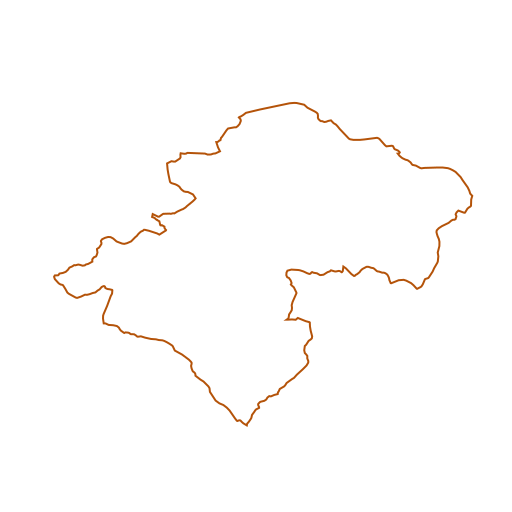 Lang Chanh, Thanh Hóa, Vietnam, rotated 294°
{"feature_id": "81297802B3900213451305", "entity_name": "Lang Chanh", "entity_type": "district", "adm_level": 2, "iso_a3": "VNM", "parent_name": "Vietnam", "parent_adm1": "Thanh Hóa", "projection": "natural_earth1", "projection_center": [105.128, 20.149], "detail": "fine", "context": "isolated", "style": "outline", "palette": "amber", "viewbox_px": 512, "rotation_deg": 294, "n_neighbors": 0, "source": "geoboundaries", "source_scale": "gbopen_adm2", "svg_char_len": 6122}
<svg xmlns="http://www.w3.org/2000/svg" viewBox="0 0 512 512"><g transform="rotate(294 256 256)"><path d="M208.7,108.6L206.8,108.2L206.4,108.3L205.1,109.5L204.0,109.9L200.7,109.4L199.6,109.1L197.9,107.9L197.4,108.0L194.6,109.8L191.7,110.1L190.5,110.0L189.0,108.5L186.9,107.9L186.0,107.9L184.3,108.8L180.5,105.9L179.0,104.0L177.8,103.4L177.1,102.3L176.6,101.5L176.3,98.8L175.9,97.1L174.0,94.7L173.7,93.6L171.7,92.3L169.5,90.3L166.9,89.8L164.1,88.6L162.0,86.5L160.0,83.6L158.3,83.3L157.9,83.1L156.4,80.1L154.9,80.0L153.1,81.6L150.9,86.6L150.6,87.8L150.5,89.3L150.8,90.3L150.8,91.6L148.4,95.2L145.9,98.5L145.4,100.2L145.2,102.2L144.7,108.1L144.9,109.4L145.1,109.8L147.8,112.7L151.1,115.5L151.8,117.4L153.5,119.6L155.7,121.8L157.4,124.1L160.1,125.4L161.9,126.7L164.9,127.6L166.3,128.8L166.7,129.4L166.7,129.9L166.6,130.4L165.5,131.4L165.4,132.7L165.5,134.0L166.0,135.6L166.5,138.3L166.3,138.7L163.1,139.8L160.1,139.6L149.8,140.3L141.1,140.4L139.3,140.6L136.6,141.7L132.5,144.3L133.2,146.0L133.1,149.4L134.7,153.8L135.3,156.7L135.4,157.6L134.8,159.9L133.9,161.0L132.9,162.8L132.1,166.6L132.1,167.0L133.1,167.8L134.0,170.4L134.1,171.8L133.7,172.8L133.7,173.5L134.9,176.4L134.7,178.2L134.1,180.2L134.2,180.9L135.8,183.5L136.3,187.9L137.5,193.8L139.2,198.5L139.7,201.4L140.9,204.8L141.1,206.7L141.0,209.4L140.7,212.2L140.1,215.8L139.7,216.7L136.6,220.3L135.9,228.5L134.0,236.9L133.0,239.4L132.4,240.5L131.4,241.0L129.2,241.4L127.2,242.8L125.4,244.6L124.9,245.3L124.6,246.8L124.2,247.8L123.5,248.6L122.0,249.4L120.5,255.5L120.0,259.1L117.5,265.6L116.3,267.3L113.1,269.2L107.5,277.9L106.5,282.5L106.6,286.8L105.6,291.0L104.1,294.7L99.1,302.9L97.7,305.5L97.7,306.1L99.0,307.4L99.4,308.4L99.3,309.0L98.7,310.3L98.0,312.5L97.5,316.5L99.2,316.1L101.7,316.9L105.0,317.5L106.3,317.6L109.2,317.0L112.8,317.8L114.8,318.1L115.9,318.5L118.5,320.6L119.2,320.3L120.6,318.7L121.3,318.3L121.8,318.2L123.6,318.8L124.3,319.1L124.9,319.7L127.0,322.4L128.6,323.5L129.4,323.8L131.3,324.0L133.4,325.1L133.8,326.7L136.5,329.2L138.7,332.0L140.4,331.5L141.3,331.8L144.2,331.8L148.4,334.8L150.0,335.3L152.4,335.6L158.1,338.9L160.1,340.3L164.2,341.6L171.5,344.8L176.5,346.7L179.8,347.1L181.3,346.5L183.3,344.5L185.6,343.5L186.5,341.9L187.2,340.1L189.5,338.4L193.7,337.2L195.3,337.9L199.9,338.6L201.8,339.8L203.4,340.5L205.4,340.0L209.9,336.4L213.5,334.0L217.1,332.2L217.3,331.8L216.7,328.0L216.4,319.4L213.9,318.2L212.7,314.7L210.9,311.2L210.3,309.9L212.0,310.9L213.3,310.8L216.1,310.0L219.1,310.5L221.0,310.7L223.2,310.0L225.6,308.6L226.9,308.4L228.9,308.1L238.4,308.1L239.0,307.8L242.8,303.3L243.7,300.3L244.2,299.4L245.2,299.6L245.9,299.4L247.8,297.6L249.3,295.1L249.3,293.2L250.4,291.9L250.8,291.5L253.3,290.6L255.4,290.7L258.0,293.9L260.4,300.3L260.8,301.9L261.2,305.6L261.1,309.7L261.3,312.0L262.0,312.9L263.6,313.4L264.1,313.8L264.1,315.3L265.0,318.8L264.6,322.1L264.9,322.9L266.4,325.3L270.3,327.9L272.0,329.7L273.4,330.3L273.9,334.0L274.3,335.2L276.0,337.6L276.2,338.2L276.3,339.0L276.0,340.9L276.2,341.1L277.6,341.4L281.9,340.1L281.3,343.1L278.3,350.5L277.6,353.7L278.2,354.4L279.2,354.7L280.6,355.8L283.3,357.2L285.3,357.6L287.4,358.5L291.0,361.3L291.5,362.2L291.9,363.4L292.1,366.0L292.6,368.0L292.5,369.0L291.4,372.4L291.4,373.4L291.8,374.8L292.1,378.1L292.8,379.7L292.9,381.3L292.4,383.5L291.1,385.3L289.8,386.6L288.3,387.6L286.0,390.1L286.1,390.6L291.9,396.2L294.3,400.6L294.6,403.2L294.3,408.7L293.4,411.7L291.5,416.1L291.5,416.5L294.6,419.0L295.5,419.5L298.0,419.9L303.5,419.8L304.1,420.3L305.9,422.3L306.8,422.6L313.6,423.7L317.3,423.7L323.7,424.4L325.0,424.3L329.9,422.7L333.1,420.6L339.6,419.5L343.6,417.8L345.9,416.1L348.0,413.8L349.7,412.3L351.3,411.1L352.9,410.7L355.6,411.6L358.9,413.7L364.6,418.5L367.9,420.1L369.2,421.2L369.9,422.6L370.8,423.3L373.6,423.0L374.2,422.6L375.1,421.5L375.8,421.4L377.4,421.5L379.8,422.4L380.1,427.4L380.2,428.5L380.5,429.2L380.7,429.3L385.2,429.9L386.9,430.7L388.3,431.7L389.3,432.0L395.2,429.6L398.9,429.1L400.1,426.3L402.3,424.4L404.8,421.5L409.6,413.4L411.3,410.9L414.0,404.1L414.4,400.8L414.5,397.8L414.3,395.6L412.7,390.4L410.5,385.5L404.9,373.9L403.4,371.5L403.2,370.2L403.6,365.3L402.9,361.9L403.2,361.1L404.4,359.1L405.1,356.1L405.1,355.1L404.8,353.4L404.9,350.1L405.1,349.0L405.9,346.3L407.2,343.9L407.7,344.8L408.4,345.1L409.1,345.2L409.5,344.6L410.1,342.6L410.0,339.3L410.3,338.6L412.0,336.6L412.1,336.1L411.9,335.1L409.2,330.5L409.7,328.7L413.2,321.0L413.3,319.6L413.2,318.5L406.5,307.5L404.3,303.6L401.7,297.7L400.9,294.5L401.0,293.1L406.1,280.8L407.7,277.7L408.6,275.5L408.9,272.9L410.4,269.3L408.8,267.1L407.2,265.5L406.2,263.9L406.1,261.5L405.6,260.4L405.8,259.1L406.6,257.2L407.5,256.3L409.3,255.6L411.0,254.5L411.6,253.1L411.9,251.1L412.4,242.7L413.8,238.5L412.3,230.9L411.4,228.6L409.2,224.6L391.5,200.1L382.7,188.6L379.7,187.0L377.6,185.6L376.1,184.2L375.6,184.0L374.7,186.1L373.8,186.9L373.0,187.2L369.8,187.3L367.0,186.4L365.4,185.4L364.8,184.0L361.1,178.6L358.8,177.9L351.1,176.5L349.6,176.0L347.3,176.4L346.7,175.6L345.6,175.2L344.4,174.4L343.9,173.4L339.8,177.1L337.0,180.5L333.2,177.2L332.1,175.3L330.4,173.5L329.0,170.6L328.8,167.7L322.4,151.6L322.1,151.2L321.1,150.5L320.2,148.9L319.2,145.4L317.9,145.7L315.5,146.9L314.1,146.8L309.4,143.8L308.8,142.5L308.2,140.2L304.4,137.1L299.2,140.0L295.4,142.5L288.9,147.2L288.5,147.8L288.2,149.1L288.7,153.3L288.6,155.6L288.1,157.9L287.3,159.1L286.4,160.9L285.7,163.8L286.1,166.0L286.8,167.6L286.6,173.4L284.1,177.4L282.6,177.0L280.0,175.9L273.7,172.7L271.7,171.9L269.1,170.2L268.2,169.2L264.5,166.0L261.7,164.1L261.3,162.8L259.9,161.1L259.6,159.9L256.9,154.3L256.4,153.8L252.5,151.5L252.1,150.5L252.3,144.6L249.4,145.2L249.5,147.9L248.8,149.8L248.8,150.9L248.6,151.0L248.4,153.6L245.6,155.7L245.2,156.2L245.3,156.9L245.7,157.1L245.9,157.5L245.6,160.4L244.5,160.9L243.4,162.5L243.1,163.3L242.7,163.3L236.2,159.0L236.4,156.6L235.5,147.9L234.7,143.7L234.4,143.0L232.9,142.3L231.8,141.2L230.6,140.5L228.4,139.6L225.7,138.9L224.2,138.1L218.6,136.0L215.2,132.9L213.5,130.7L212.9,128.6L212.6,123.6L212.6,122.6L213.9,118.4L214.1,115.5L213.3,113.3L212.7,112.5L211.2,110.7L208.7,108.6Z" fill="none" stroke="#b45309" stroke-width="2"/></g></svg>